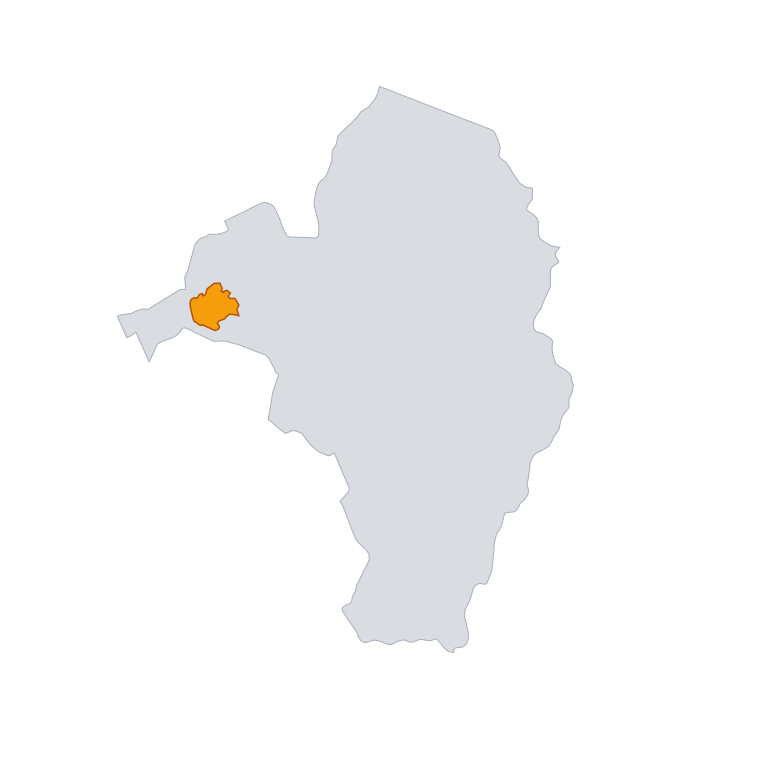 location of Melut, Upper Nile, South Sudan, rotated 246°
{"feature_id": "79223893B2646445325724", "entity_name": "Melut", "entity_type": "district", "adm_level": 2, "iso_a3": "SSD", "parent_name": "South Sudan", "parent_adm1": "Upper Nile", "projection": "albers", "projection_center": [32.581, 10.371], "detail": "fine", "context": "in_parent", "style": "filled", "palette": "amber", "viewbox_px": 768, "rotation_deg": 246, "n_neighbors": 0, "source": "geoboundaries", "source_scale": "gbopen_adm2", "svg_char_len": 4325}
<svg xmlns="http://www.w3.org/2000/svg" viewBox="0 0 768 768"><g transform="rotate(246 384 384)"><path d="M593.8,564.3L573.6,584.6L572.2,585.8L569.7,587.4L561.4,587.4L552.9,586.4L545.1,581.2L537.2,585.3L532.2,586.5L529.2,587.0L522.1,587.7L512.1,589.8L507.6,592.5L505.2,594.7L503.2,598.6L502.2,599.0L500.3,598.5L497.8,597.0L492.5,594.7L489.8,589.7L487.4,586.6L485.3,585.0L476.9,590.0L472.8,591.2L469.5,591.0L463.4,588.2L456.6,585.8L453.1,585.8L447.9,588.7L442.0,593.2L438.9,597.6L437.4,600.2L435.4,596.1L433.4,593.6L430.5,592.6L424.9,593.6L423.5,592.1L423.3,588.7L422.5,585.5L421.1,583.1L416.7,580.7L405.5,575.8L396.9,566.1L392.6,561.5L389.5,558.6L385.0,551.0L379.9,545.7L373.8,543.2L369.7,544.4L365.4,549.9L357.4,555.1L353.7,555.3L349.1,552.4L343.2,550.3L332.7,549.2L328.3,551.7L322.5,555.6L317.7,558.0L314.6,558.2L311.9,557.2L308.7,556.7L306.0,556.5L300.4,552.8L297.5,550.0L295.6,547.4L292.4,545.6L288.7,544.1L286.1,541.7L284.8,538.8L282.7,535.1L280.1,531.7L271.6,525.5L269.0,522.0L267.3,518.5L263.9,514.6L260.2,509.4L259.1,501.9L259.0,495.9L258.3,493.1L256.8,490.3L255.0,487.9L252.0,485.2L245.1,481.2L237.9,476.6L234.5,473.9L228.0,472.8L224.1,470.2L220.9,464.5L219.6,460.0L216.4,456.4L215.0,453.8L214.3,450.9L217.1,442.0L213.3,438.8L207.7,434.6L203.7,430.0L201.3,425.9L194.2,420.3L178.5,411.8L169.4,406.4L164.5,401.6L160.2,397.0L159.8,395.1L162.8,390.6L163.3,386.9L161.1,382.7L151.7,374.7L144.4,365.9L138.7,363.1L125.0,360.4L121.0,359.4L117.0,357.6L113.0,353.7L111.7,349.1L113.9,341.8L112.7,339.5L110.4,338.9L111.0,337.4L113.7,333.9L118.1,331.7L129.5,328.4L130.2,327.0L130.5,322.5L131.5,320.3L135.6,314.0L136.2,311.5L136.5,306.2L137.1,303.6L138.3,301.9L141.5,298.8L142.6,296.9L143.2,292.8L143.0,284.6L144.7,281.5L152.0,274.2L154.0,271.0L154.7,268.0L154.7,265.0L155.2,262.0L157.4,259.2L159.2,258.4L164.5,257.6L168.1,258.2L193.2,253.7L196.2,254.5L197.4,257.5L197.2,262.3L197.6,264.6L198.9,266.3L202.8,268.7L205.5,272.5L206.9,274.0L210.9,276.7L229.2,298.9L234.4,301.0L239.5,300.4L249.7,296.0L254.8,295.0L290.3,296.8L294.3,296.2L294.6,296.3L299.8,307.3L302.3,309.9L341.3,310.5L340.6,307.4L341.1,303.9L348.1,297.3L349.1,296.5L355.1,293.4L361.0,291.3L372.3,288.9L376.5,285.0L378.8,281.3L378.9,274.2L380.4,273.1L383.1,271.4L396.2,265.2L398.5,263.8L421.4,278.8L434.3,290.6L435.0,291.2L435.7,291.4L436.4,291.0L437.0,290.5L438.6,290.0L444.1,289.9L454.6,289.3L458.0,288.0L479.1,267.1L484.5,260.4L485.8,259.1L488.9,254.3L492.1,246.1L492.8,245.2L515.8,225.6L516.6,224.1L516.8,222.8L513.3,216.2L512.6,212.9L512.4,207.7L513.1,199.7L512.9,194.6L512.6,193.2L512.4,192.9L499.7,178.5L531.9,178.4L532.0,176.5L531.9,176.0L531.3,174.2L530.9,171.9L530.9,170.7L531.1,169.5L531.1,168.8L531.0,168.2L531.2,167.8L554.4,168.0L554.1,172.1L551.3,181.7L551.4,187.5L550.7,194.1L549.9,196.0L548.7,197.6L548.3,198.4L548.3,199.1L553.2,235.9L552.8,237.4L551.5,239.7L551.2,240.5L551.1,241.1L551.7,241.5L562.4,245.4L562.9,245.7L563.3,246.0L567.2,250.7L588.4,268.1L589.2,269.0L591.4,274.5L591.6,275.3L591.7,276.6L591.7,277.6L591.1,280.9L591.3,282.4L591.7,283.4L592.0,284.5L592.0,284.8L591.8,285.7L588.7,292.0L587.7,296.5L587.4,300.3L587.6,302.5L587.9,303.9L588.2,304.5L588.5,304.7L597.7,304.7L597.6,306.7L599.0,339.9L599.0,343.6L598.7,348.3L597.6,350.2L595.0,352.8L591.8,355.2L583.5,355.9L576.6,355.8L571.7,355.3L565.1,355.1L558.8,355.6L556.5,357.7L548.2,375.4L545.6,379.8L544.9,382.3L545.7,383.9L549.0,386.1L556.1,389.2L564.3,391.0L570.4,391.8L574.6,392.7L577.8,393.6L589.5,401.6L593.2,405.3L595.3,408.6L595.8,412.1L597.5,415.6L608.2,426.6L618.3,431.7L622.2,437.6L626.0,440.4L629.6,443.4L631.5,448.0L636.0,461.2L639.0,468.2L642.1,473.8L643.4,483.1L645.8,487.2L648.3,492.2L652.4,496.7L656.8,500.1L657.6,501.0L613.8,544.4L593.8,564.3Z" fill="#d9dde1" stroke="#a8b0b8" stroke-width="1"/><path d="M542.8,275.1L545.0,269.8L542.8,260.9L538.1,257.2L538.2,254.4L540.5,255.0L540.9,252.1L538.4,247.8L540.1,245.9L539.7,242.3L537.4,240.0L532.3,238.2L522.1,236.3L518.9,236.0L518.0,236.3L515.9,238.1L514.2,238.5L512.0,240.5L511.7,242.4L501.6,251.4L501.5,255.0L502.6,256.7L504.5,257.0L507.3,256.5L508.7,258.9L508.3,264.4L510.7,271.0L510.1,272.0L509.1,274.2L505.5,279.2L512.0,279.9L515.0,283.5L522.7,282.7L525.0,277.8L527.5,277.3L529.6,280.6L533.4,278.6L533.8,275.2L532.8,274.7L534.9,273.1L537.0,275.0L542.8,275.1Z" fill="#f59e0b" stroke="#b45309" stroke-width="1.5"/></g></svg>